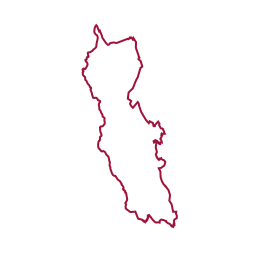 the district of Ezeres pag., Saldus, Latvia, rotated 74°
{"feature_id": "27541924B94087058681493", "entity_name": "Ezeres pag.", "entity_type": "district", "adm_level": 2, "iso_a3": "LVA", "parent_name": "Latvia", "parent_adm1": "Saldus", "projection": "equal_earth", "projection_center": [22.341, 56.433], "detail": "fine", "context": "isolated", "style": "outline", "palette": "rose", "viewbox_px": 256, "rotation_deg": 74, "n_neighbors": 0, "source": "geoboundaries", "source_scale": "gbopen_adm2", "svg_char_len": 5813}
<svg xmlns="http://www.w3.org/2000/svg" viewBox="0 0 256 256"><g transform="rotate(74 128 128)"><path d="M20.5,130.2L21.2,131.2L22.5,132.3L24.1,133.1L25.6,133.7L26.5,133.9L27.4,133.8L29.0,133.3L30.5,132.2L31.1,132.1L32.4,132.1L33.7,132.5L34.7,133.0L37.5,134.6L39.3,135.4L40.8,135.9L41.6,136.6L41.9,137.0L42.4,137.9L43.0,139.5L43.4,140.2L43.8,140.5L44.1,141.3L44.2,142.0L44.7,143.2L44.6,144.4L44.4,145.3L44.5,145.7L44.8,145.9L45.4,146.1L46.6,146.2L48.1,146.1L48.7,146.4L48.8,146.7L48.4,147.1L48.4,147.4L49.4,148.4L50.8,148.9L50.9,149.3L50.7,149.7L50.7,149.9L50.8,150.2L51.0,150.3L51.4,150.3L52.1,150.1L52.7,150.0L53.4,149.5L54.7,149.2L55.5,149.3L56.0,149.5L56.4,149.7L56.9,150.1L57.3,150.6L58.0,151.1L58.7,152.0L59.4,152.5L59.5,153.2L59.5,153.3L59.2,153.7L58.8,154.0L58.6,154.2L59.0,155.3L59.4,155.6L59.9,155.6L60.7,155.2L61.3,155.2L61.7,155.5L61.7,156.0L62.1,156.3L64.3,156.6L64.9,156.6L65.8,156.2L66.9,155.4L67.3,155.2L67.7,155.2L68.6,155.6L70.0,155.7L71.1,155.0L74.3,154.5L76.5,153.4L78.2,153.3L78.4,153.2L78.7,152.6L79.1,152.4L79.7,152.5L80.6,153.4L80.9,153.5L81.7,153.3L83.5,153.3L84.1,153.2L85.2,153.1L85.7,153.3L86.2,153.4L87.6,153.2L89.1,153.3L89.7,152.6L89.9,152.2L89.9,151.5L90.0,150.5L90.2,150.2L90.7,149.8L91.7,149.3L92.4,149.3L93.1,149.1L93.4,148.7L93.6,148.3L93.9,147.8L94.3,147.5L94.8,147.5L95.4,147.7L95.7,148.4L97.1,149.5L97.9,149.7L100.3,149.9L101.7,150.3L102.0,150.4L102.5,150.3L104.0,149.7L105.6,149.6L108.0,149.0L108.8,149.0L109.5,149.2L109.9,149.2L110.3,149.0L111.5,148.0L112.2,147.8L112.5,147.9L113.4,148.4L115.7,148.8L116.2,148.8L117.2,149.1L117.8,149.5L118.0,149.7L118.1,150.2L118.5,150.6L119.1,151.4L119.1,151.6L119.1,151.8L119.3,152.2L119.4,152.7L119.3,153.0L119.0,153.5L119.3,154.4L119.5,154.7L120.1,154.9L120.7,154.9L121.5,155.2L124.1,155.6L127.5,155.3L127.8,155.5L128.4,156.0L128.6,156.8L128.8,157.2L129.5,157.6L131.7,158.3L132.2,158.6L132.3,158.9L132.3,159.2L132.4,159.4L133.4,160.3L135.7,161.3L137.8,161.8L138.9,161.8L139.9,161.5L140.9,160.9L141.3,160.6L142.1,160.6L142.9,160.0L143.1,159.9L143.3,159.5L143.4,159.0L143.3,158.5L143.4,158.1L144.0,157.4L144.4,157.0L145.1,156.6L146.9,156.4L147.7,156.1L149.4,155.2L149.9,154.7L150.4,154.7L151.3,154.8L152.3,154.8L154.1,155.0L155.1,155.0L155.7,154.8L157.4,155.5L158.9,155.9L159.2,156.1L160.9,155.8L161.9,156.1L163.0,156.2L164.5,156.0L166.2,156.0L167.9,155.7L168.9,155.5L169.2,155.3L170.2,154.4L170.5,153.8L170.5,153.5L170.8,153.2L174.0,152.3L175.0,151.9L176.5,150.7L177.5,150.2L178.6,150.0L179.9,149.5L180.2,149.5L180.6,149.8L180.9,149.8L181.8,149.2L183.6,148.7L184.1,148.7L184.8,149.0L185.0,149.5L185.6,149.6L185.9,149.5L186.2,149.4L186.3,149.2L186.9,149.0L187.0,148.9L186.9,148.6L187.2,148.3L187.5,148.2L188.1,148.1L188.5,148.3L189.3,148.5L189.4,148.4L189.5,148.0L189.6,147.9L190.6,147.8L196.1,148.4L196.8,148.6L197.2,148.9L198.1,149.8L198.5,150.1L199.2,151.0L199.5,151.2L199.8,151.3L200.6,150.9L200.9,150.9L201.6,151.2L202.6,152.0L203.0,152.1L203.8,152.1L204.8,152.3L207.1,150.7L207.9,150.0L208.7,149.6L209.6,148.5L209.9,146.4L210.1,145.6L210.4,144.0L217.9,143.3L219.8,140.1L220.7,139.1L220.8,139.4L221.0,139.4L221.6,138.8L222.2,138.7L222.3,138.6L222.4,138.1L222.7,137.9L222.6,137.5L222.9,137.4L222.6,137.2L222.9,136.9L222.8,136.1L221.8,135.8L221.4,135.5L221.4,135.3L221.8,135.1L221.8,134.9L221.2,134.5L220.3,134.4L220.2,134.3L220.3,133.9L220.2,133.7L219.7,133.6L219.5,133.4L218.2,133.3L217.7,133.1L217.8,132.9L218.4,132.9L218.6,132.4L218.9,131.9L218.8,131.7L218.5,131.7L217.6,131.9L217.4,131.9L217.4,131.7L218.6,131.4L219.3,130.9L222.7,129.7L225.6,128.2L226.0,127.8L226.6,127.1L227.0,125.0L227.7,123.7L225.9,123.0L225.2,121.2L226.8,118.4L228.0,117.4L228.0,117.1L228.5,117.0L228.9,117.1L229.2,116.8L229.8,116.4L230.8,115.6L231.0,115.3L231.2,114.8L231.9,114.2L233.7,113.5L234.2,113.1L234.7,113.0L235.1,112.4L235.0,112.1L235.4,112.0L235.5,111.9L235.2,111.7L234.8,111.7L235.0,111.5L234.7,111.3L234.2,111.1L234.5,111.0L234.5,110.8L234.1,110.7L234.1,110.4L233.6,110.4L233.7,110.1L233.0,110.1L232.8,109.8L232.5,109.9L229.0,109.2L229.0,109.3L228.1,106.0L225.6,105.2L223.6,105.5L221.8,104.7L220.9,107.7L213.3,107.1L209.3,108.3L204.3,106.2L203.7,106.1L198.9,106.2L194.2,108.0L194.3,108.2L193.5,108.5L191.3,109.5L188.3,110.1L184.4,110.2L180.8,109.4L179.2,108.9L177.9,109.0L175.2,109.5L175.4,107.0L174.4,104.4L174.2,103.7L173.8,103.2L170.9,101.5L169.2,102.1L166.8,104.8L166.2,104.6L166.3,105.1L166.2,105.3L166.2,105.9L167.2,106.5L167.0,107.3L166.4,107.5L165.4,107.9L164.4,108.0L164.3,108.4L161.0,108.5L159.2,106.9L153.9,106.6L150.9,105.1L150.2,104.1L149.0,105.5L149.2,107.0L147.7,107.0L147.2,105.0L148.7,103.4L152.1,102.2L152.3,101.5L150.7,101.0L150.9,99.9L151.2,99.5L149.5,99.3L148.4,99.5L147.4,99.9L146.7,99.3L146.5,99.0L145.4,98.0L144.5,98.0L144.5,97.4L142.9,97.5L142.6,97.2L143.6,96.4L143.2,95.9L143.6,94.2L142.4,94.5L141.7,94.3L139.0,94.8L138.8,94.6L138.0,95.1L137.4,96.5L137.2,96.6L133.8,97.3L132.9,96.7L132.5,96.6L130.2,97.3L132.6,101.3L133.6,101.7L133.3,102.8L133.2,102.9L129.9,102.7L128.7,104.2L127.5,105.3L129.1,106.7L125.0,108.6L116.2,110.9L109.9,111.2L107.2,111.0L106.4,111.2L105.7,111.5L109.9,117.7L107.6,118.9L105.4,119.4L102.8,117.5L99.8,120.1L94.0,117.6L92.1,114.2L91.3,112.5L87.4,109.5L86.0,108.5L86.0,108.4L84.1,106.9L81.8,104.6L73.6,99.4L73.3,98.4L73.3,98.0L72.9,97.6L72.7,97.3L67.1,97.4L64.8,99.0L63.8,98.5L63.6,97.7L62.4,98.0L62.2,97.9L56.7,98.1L54.7,98.3L52.5,98.2L47.6,96.6L46.8,96.9L43.3,97.9L44.7,98.6L44.7,98.8L44.1,99.1L42.5,99.5L41.8,100.1L42.2,100.8L41.6,101.2L42.4,102.1L42.6,102.9L42.3,102.9L42.4,103.6L42.2,103.8L43.1,114.9L43.0,115.8L42.9,116.2L41.9,118.0L41.5,121.2L41.6,121.8L42.3,122.9L42.6,123.6L42.6,124.1L42.5,124.5L42.0,124.7L40.5,125.6L39.8,125.9L34.4,127.7L33.8,127.8L32.2,127.6L26.7,128.3L27.2,129.1L22.3,129.6L21.5,129.7L21.5,129.8L20.5,130.2Z" fill="none" stroke="#9f1239" stroke-width="2"/></g></svg>